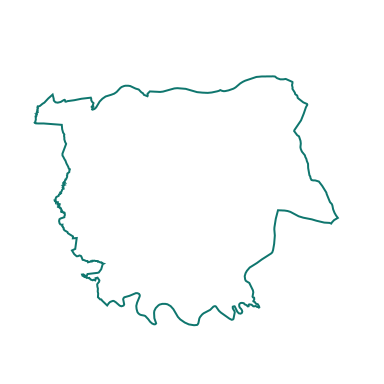 Ban Na Doem, Surat Thani, Thailand (Robinson projection), rotated 253°
{"feature_id": "78962969B23472682189323", "entity_name": "Ban Na Doem", "entity_type": "district", "adm_level": 2, "iso_a3": "THA", "parent_name": "Thailand", "parent_adm1": "Surat Thani", "projection": "robinson", "projection_center": [99.29, 8.896], "detail": "fine", "context": "isolated", "style": "outline", "palette": "teal", "viewbox_px": 384, "rotation_deg": 253, "n_neighbors": 0, "source": "geoboundaries", "source_scale": "gbopen_adm2", "svg_char_len": 5808}
<svg xmlns="http://www.w3.org/2000/svg" viewBox="0 0 384 384"><g transform="rotate(253 192 192)"><path d="M266.5,79.3L264.6,78.8L263.8,79.1L259.9,79.8L259.4,80.1L255.9,80.3L252.4,81.0L251.0,81.0L250.1,81.2L249.6,81.8L249.1,81.7L248.7,81.2L246.9,80.4L246.1,78.2L245.4,78.1L244.5,77.3L244.0,77.4L243.0,77.0L241.2,75.5L241.1,74.8L240.5,74.6L240.4,74.1L239.3,73.4L239.1,72.8L238.0,73.2L238.4,72.1L238.2,71.4L237.2,71.3L236.1,72.2L236.0,70.5L235.4,71.0L234.4,69.7L233.6,70.2L233.4,69.9L232.7,70.1L232.6,69.2L232.0,68.4L230.3,67.1L230.1,65.9L229.1,66.2L229.0,65.5L228.6,65.3L228.5,64.1L227.3,63.3L226.9,60.9L225.7,59.7L224.3,59.3L224.3,58.2L223.4,58.2L222.8,58.9L222.0,58.8L222.4,59.3L221.3,59.8L221.6,60.1L221.5,60.7L221.0,60.6L220.6,59.9L219.5,60.1L219.6,61.1L219.0,61.9L218.8,61.7L218.7,60.2L217.8,60.9L217.3,60.0L216.8,60.5L216.6,60.1L216.2,60.8L215.6,60.8L215.4,61.3L214.8,61.3L214.6,61.9L213.1,61.8L212.5,62.2L211.9,61.2L211.1,61.2L210.6,62.7L210.2,62.7L209.6,63.1L209.6,64.0L209.2,64.1L207.2,63.7L205.8,62.7L205.2,62.5L205.1,58.5L204.7,57.3L203.1,56.4L200.9,56.2L199.6,56.6L198.7,57.7L198.6,58.5L197.3,57.9L196.7,58.4L196.0,58.2L194.9,58.8L194.1,58.4L192.7,58.8L190.1,61.2L188.8,61.3L184.3,65.2L182.5,64.5L181.7,68.3L171.7,63.7L171.2,60.1L167.0,61.2L164.3,62.9L164.0,64.1L164.2,65.8L163.4,67.0L162.7,67.3L159.1,67.6L158.4,68.9L156.8,70.8L156.6,71.8L156.3,72.0L155.2,72.0L155.1,74.3L155.5,75.3L154.9,75.5L154.8,76.3L155.3,77.0L154.9,77.7L155.0,78.2L154.7,78.9L154.3,79.4L153.5,81.7L152.8,81.7L152.6,82.5L151.7,83.4L151.3,84.6L150.7,84.7L150.5,85.4L150.1,85.4L149.3,86.5L149.2,85.9L148.8,85.3L144.7,82.6L142.3,79.3L142.3,78.1L144.1,68.1L142.3,66.6L142.2,66.2L145.0,64.0L145.2,62.7L143.9,62.8L143.4,63.5L142.2,64.3L141.2,66.0L140.6,66.3L140.7,66.8L140.0,67.8L139.9,68.6L139.3,68.6L138.8,69.2L137.9,69.5L136.6,71.3L136.8,72.5L135.8,73.6L136.9,74.5L137.8,74.6L137.7,76.6L134.6,77.6L133.3,76.9L131.9,74.8L131.3,74.3L128.9,73.8L127.3,73.8L124.2,72.7L122.4,72.6L118.9,71.3L116.0,72.9L115.7,73.9L114.4,74.3L108.3,77.7L110.1,80.1L110.8,81.6L111.0,84.3L110.7,85.3L109.0,86.8L104.5,89.6L103.4,91.0L103.3,92.4L103.5,93.5L104.4,94.3L109.5,94.8L110.3,95.3L111.1,96.5L111.0,101.9L111.7,108.8L111.1,110.4L110.0,111.6L108.6,111.9L107.4,111.4L102.2,107.1L99.3,105.4L96.4,104.8L93.2,104.7L91.7,105.2L90.3,106.1L89.3,107.3L87.7,110.3L87.0,111.1L83.1,113.0L80.2,114.0L77.8,115.5L76.5,117.1L76.3,118.4L76.9,119.3L82.3,119.1L87.5,120.4L89.3,121.2L91.6,123.4L93.3,126.5L93.8,128.0L93.7,131.0L92.8,133.8L91.8,135.7L89.1,138.2L85.5,139.9L76.7,142.0L73.6,143.5L69.3,146.9L66.3,150.3L64.0,155.0L63.4,157.9L63.7,158.7L64.8,159.8L69.0,162.1L70.1,163.2L71.8,165.7L72.6,167.6L74.0,175.0L76.1,178.9L76.2,179.9L76.1,180.7L75.5,181.4L70.6,183.0L68.2,184.4L59.9,190.8L58.2,192.6L58.1,193.7L58.6,194.6L64.4,197.7L65.4,197.8L68.6,197.0L69.7,197.2L70.4,197.5L70.4,199.0L70.1,199.4L64.4,200.3L62.3,201.3L61.5,202.8L61.6,203.9L62.0,204.5L62.9,205.1L64.2,205.2L65.8,204.8L67.5,203.9L69.1,203.8L70.7,204.3L71.2,204.9L71.6,205.9L71.4,207.3L70.7,208.7L70.1,209.3L69.3,209.4L67.9,211.0L66.3,211.9L66.2,212.7L67.7,213.4L67.8,213.9L66.8,216.0L64.8,217.2L64.5,217.9L64.3,219.7L63.0,220.7L62.7,221.6L61.9,222.1L62.0,222.6L63.1,222.7L65.4,222.1L66.6,220.4L68.2,220.0L69.5,218.7L69.8,218.8L70.9,220.0L72.5,220.5L72.9,220.4L73.4,219.5L74.2,219.3L78.2,221.3L80.2,221.5L88.3,220.2L90.9,217.8L91.6,217.4L93.1,217.3L96.1,217.8L98.7,219.5L100.6,221.5L102.9,225.1L105.1,233.3L107.1,239.1L110.1,249.8L110.8,251.1L112.7,252.5L118.4,255.4L126.2,258.5L132.2,259.8L134.1,260.5L141.9,264.3L149.4,268.9L147.2,275.1L145.9,277.8L144.2,280.3L137.6,286.9L134.9,290.9L130.8,298.6L128.2,302.5L124.1,309.5L122.2,314.6L121.1,315.9L122.0,316.9L123.6,319.7L124.6,323.9L127.4,322.9L130.5,322.2L134.2,321.9L138.0,322.3L139.5,322.2L142.0,321.0L150.8,320.2L152.2,320.3L159.8,318.3L164.9,316.4L167.0,313.3L167.7,311.2L168.5,309.8L170.5,309.4L172.4,309.6L173.6,309.2L181.0,310.1L185.0,311.2L187.9,310.9L190.4,311.0L192.4,310.6L194.0,310.7L198.5,308.9L201.4,308.6L203.2,308.8L206.5,310.2L209.1,310.7L213.4,310.6L213.9,310.6L215.6,309.2L220.4,307.5L221.3,308.1L228.6,317.2L234.3,321.8L239.7,325.7L241.6,327.7L242.0,327.8L242.6,327.7L245.1,324.7L249.8,321.4L251.1,320.6L253.1,320.8L254.3,320.3L254.6,319.8L255.5,319.3L256.9,319.4L261.3,318.2L262.3,318.7L265.0,318.9L266.9,320.0L267.9,320.2L272.7,314.7L273.1,312.0L273.9,309.4L276.0,306.6L278.2,305.1L278.9,303.3L282.1,292.4L283.2,287.2L282.9,275.4L282.5,272.8L281.7,269.8L279.3,264.3L278.7,261.9L278.5,256.6L278.8,253.2L279.1,251.9L279.9,250.4L281.2,248.8L280.9,247.6L280.9,245.7L281.4,239.9L282.2,236.0L283.9,231.2L286.0,226.1L292.5,216.1L295.6,208.3L296.2,205.4L296.5,193.6L297.0,190.8L300.5,181.1L298.9,178.2L297.0,177.8L296.6,177.4L299.0,174.4L300.7,174.0L302.2,172.7L305.6,171.0L307.4,168.3L311.4,163.9L312.3,162.0L313.1,159.3L313.2,158.0L313.0,155.4L312.4,153.8L309.7,149.2L308.8,146.4L308.6,143.2L308.6,137.3L307.4,133.6L305.5,130.1L301.2,125.4L300.3,124.0L299.9,122.8L299.8,121.0L300.2,120.6L301.5,121.5L302.7,120.9L303.1,121.5L302.4,122.3L302.4,122.6L303.0,122.7L303.8,122.4L305.8,123.8L307.5,122.8L309.2,122.5L310.8,122.9L311.8,122.8L313.5,113.5L314.2,106.3L315.3,99.5L315.2,97.8L315.5,97.3L317.2,97.3L317.4,97.1L317.4,96.3L316.5,92.8L316.7,89.7L317.7,87.7L319.8,86.6L321.5,87.0L325.9,87.2L323.5,81.9L320.6,76.9L320.1,74.9L318.8,71.8L318.7,70.2L319.0,69.5L318.1,68.9L317.2,69.2L316.5,68.4L316.2,68.5L315.6,68.0L315.3,68.3L314.5,68.1L314.2,67.4L313.4,67.6L313.3,66.7L311.8,66.4L312.0,65.7L311.4,65.9L310.9,65.5L310.4,65.5L310.2,64.9L309.9,65.1L309.5,64.9L309.4,65.4L309.3,64.4L307.1,63.9L305.0,62.7L304.3,61.8L303.9,62.0L303.6,62.8L303.3,62.8L302.9,63.8L300.9,70.2L294.3,87.1L290.0,86.2L286.6,86.1L284.3,86.7L283.0,86.0L281.6,85.9L279.7,85.3L276.9,85.3L274.8,85.7L266.5,79.3Z" fill="none" stroke="#0f766e" stroke-width="2"/></g></svg>